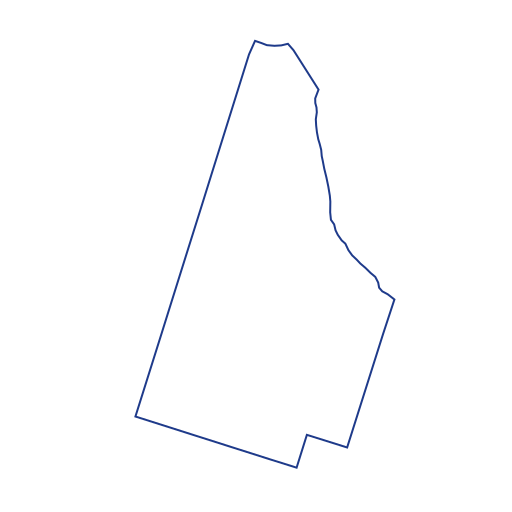 outline of Vicentina, Mato Grosso do Sul, Brazil, rotated 175°
{"feature_id": "56859067B52074491816851", "entity_name": "Vicentina", "entity_type": "district", "adm_level": 2, "iso_a3": "BRA", "parent_name": "Brazil", "parent_adm1": "Mato Grosso do Sul", "projection": "mercator", "projection_center": [-54.461, -22.488], "detail": "fine", "context": "isolated", "style": "outline", "palette": "blue", "viewbox_px": 512, "rotation_deg": 175, "n_neighbors": 0, "source": "geoboundaries", "source_scale": "gbopen_adm2", "svg_char_len": 834}
<svg xmlns="http://www.w3.org/2000/svg" viewBox="0 0 512 512"><g transform="rotate(175 256 256)"><path d="M205.7,464.6L212.5,463.6L219.3,463.8L226.8,465.1L232.1,467.7L238.2,470.4L245.4,457.4L292.5,343.0L305.6,311.1L331.6,248.2L357.4,185.6L390.1,106.6L260.2,52.4L234.0,41.6L220.9,73.4L181.9,57.3L136.3,167.0L121.9,200.6L128.1,206.4L133.3,209.8L136.1,213.7L136.6,218.9L139.0,224.8L143.4,229.2L147.9,234.5L152.8,239.5L156.0,243.6L160.1,248.2L163.4,253.7L165.9,260.5L169.3,264.1L172.7,270.0L174.5,274.6L175.4,280.7L178.2,285.5L178.3,293.0L177.2,303.8L177.2,309.7L177.9,318.7L179.0,328.0L180.4,337.1L181.2,344.9L181.8,349.7L181.8,356.1L182.8,362.2L183.8,366.9L184.5,373.8L184.7,380.6L184.5,387.0L182.9,393.8L182.8,398.7L183.6,403.2L183.3,407.8L179.2,416.3L200.7,457.7L205.7,464.6Z" fill="none" stroke="#1e3a8a" stroke-width="2"/></g></svg>